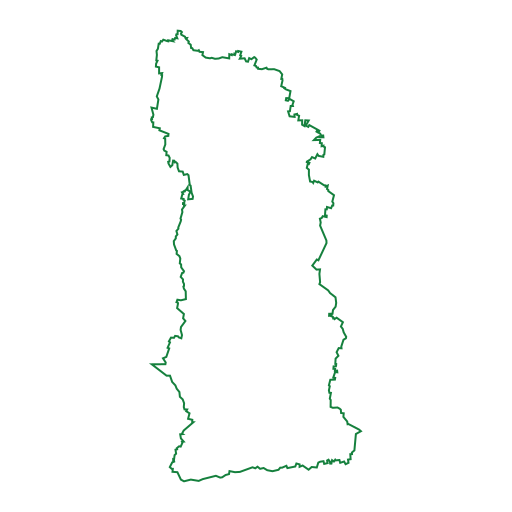 U Thong, Suphan Buri, Thailand (orthographic projection)
{"feature_id": "78962969B35479109951050", "entity_name": "U Thong", "entity_type": "district", "adm_level": 2, "iso_a3": "THA", "parent_name": "Thailand", "parent_adm1": "Suphan Buri", "projection": "orthographic", "projection_center": [99.878, 14.426], "detail": "fine", "context": "isolated", "style": "outline", "palette": "green", "viewbox_px": 512, "rotation_deg": 0, "n_neighbors": 0, "source": "geoboundaries", "source_scale": "gbopen_adm2", "svg_char_len": 6022}
<svg xmlns="http://www.w3.org/2000/svg" viewBox="0 0 512 512"><path d="M180.7,31.0L177.7,30.7L177.6,34.2L176.4,34.3L176.1,35.3L177.3,38.3L175.1,38.0L174.6,39.6L172.5,39.1L172.1,40.3L172.9,41.2L168.2,40.3L168.2,41.3L167.2,41.1L163.3,39.7L162.0,41.5L160.8,41.1L159.7,43.8L158.7,43.7L157.9,48.8L156.5,51.0L156.9,54.9L156.3,60.4L157.5,60.7L156.1,63.7L155.9,66.6L159.1,67.3L159.1,73.4L162.1,73.1L161.4,74.9L162.1,75.1L162.0,76.8L159.5,88.6L156.8,96.4L158.4,99.5L156.9,108.8L151.5,107.6L153.4,114.7L152.9,117.2L151.8,117.4L152.0,119.0L151.3,119.0L151.1,119.9L152.2,122.3L153.3,122.4L153.1,126.9L159.8,128.3L159.4,130.3L168.5,133.9L168.3,135.9L165.2,136.4L164.0,138.2L165.2,138.8L165.3,144.5L163.6,149.1L164.3,150.6L166.6,151.8L166.3,155.2L168.5,155.5L169.7,157.9L169.4,161.5L168.2,161.8L168.5,163.5L170.4,166.9L172.3,165.2L173.1,160.6L174.2,160.7L174.8,162.3L175.6,161.9L177.4,163.6L177.6,167.5L179.0,171.3L182.7,171.6L183.8,174.9L187.3,174.1L188.5,175.2L189.8,185.1L190.6,185.6L191.6,192.7L193.0,196.5L192.6,198.9L188.2,199.3L188.9,194.8L190.5,191.6L187.6,190.1L187.6,187.3L185.9,190.0L184.1,191.0L184.5,191.5L182.0,192.3L183.1,194.0L182.4,194.2L181.2,198.5L183.5,198.9L183.3,199.7L184.7,200.6L184.1,203.0L183.0,203.1L183.0,204.0L184.2,204.0L184.0,205.5L184.9,205.5L182.0,209.5L182.4,212.1L180.5,218.6L181.1,219.7L180.7,221.4L178.3,227.4L178.4,228.7L176.4,231.0L177.4,234.5L175.8,236.4L175.8,238.4L173.8,241.1L174.0,244.4L176.2,250.4L176.9,250.9L176.6,253.9L179.4,256.1L180.3,258.5L179.8,263.4L181.1,264.4L181.2,267.4L184.0,271.2L183.4,272.7L182.1,273.0L180.7,276.9L183.0,279.4L182.9,281.7L184.0,284.0L184.0,286.0L183.4,286.5L183.9,288.6L185.7,291.3L185.9,299.1L180.9,300.3L177.4,299.7L176.5,302.2L177.8,302.6L178.0,303.6L177.1,308.1L183.9,314.0L183.1,318.3L185.4,321.0L181.0,327.0L180.6,329.9L182.0,335.1L181.3,338.3L178.8,337.4L178.0,336.3L175.1,335.9L174.0,337.8L171.0,337.6L168.9,341.4L170.0,342.3L167.6,347.8L169.2,348.4L166.3,356.9L163.0,358.3L165.7,362.5L165.4,364.2L151.8,364.3L166.6,375.7L170.0,375.7L172.2,382.0L175.4,385.4L176.7,388.7L179.4,392.0L179.9,396.8L182.7,399.4L184.1,403.2L183.8,407.1L184.5,409.4L187.1,409.5L186.2,411.2L189.5,413.3L188.1,418.8L192.3,419.8L192.2,422.1L193.4,422.2L183.7,430.5L182.0,433.7L182.6,434.1L180.2,434.3L180.9,438.4L183.7,441.6L182.0,441.8L182.4,442.8L180.7,446.6L179.1,446.3L176.8,448.2L177.1,449.3L175.5,449.7L176.1,453.7L174.6,455.1L174.0,459.7L173.2,459.3L173.2,460.6L174.0,460.7L174.2,461.6L172.2,462.4L169.8,467.1L171.8,468.9L172.8,468.9L172.5,471.8L177.4,472.2L180.9,479.6L184.0,481.3L190.8,479.6L198.7,480.9L202.8,479.1L215.9,475.8L220.2,477.6L222.2,477.3L225.6,475.0L229.0,474.1L229.5,471.1L235.0,472.2L239.9,471.9L252.5,467.3L255.3,468.3L257.5,466.7L260.1,468.8L263.6,468.0L267.2,470.2L272.5,471.2L278.5,469.8L280.2,467.7L282.0,467.7L286.4,465.8L287.4,468.1L295.3,466.5L296.4,463.5L299.6,464.4L299.6,466.8L302.6,465.5L308.6,469.7L311.7,467.0L316.8,467.5L318.3,462.6L320.2,461.7L323.5,461.2L324.2,463.9L327.6,463.1L327.1,460.5L328.5,459.7L329.9,461.7L330.2,463.6L331.4,463.6L332.1,460.2L333.9,461.5L335.2,459.7L335.7,460.4L339.4,460.0L340.2,462.8L344.1,461.5L345.6,464.2L348.5,462.8L348.0,459.6L350.6,459.2L350.3,454.2L352.0,454.1L351.9,452.5L354.4,450.4L355.9,434.0L360.9,431.2L359.1,429.6L348.4,424.0L347.6,424.2L347.2,421.5L343.4,416.9L343.7,413.3L341.1,413.0L340.8,409.7L339.7,408.7L337.5,407.5L332.8,407.8L330.6,406.9L330.7,400.0L329.8,398.7L330.9,392.9L329.4,392.8L328.9,390.3L329.8,386.2L328.9,385.4L330.3,379.8L334.9,379.6L335.2,377.9L333.3,377.5L335.1,372.1L337.3,372.3L337.1,370.6L334.9,370.7L335.1,368.9L333.4,368.8L333.6,366.4L335.9,366.3L336.1,365.5L336.2,364.0L335.3,363.9L335.6,358.6L338.4,355.8L336.6,352.2L338.7,348.1L341.5,348.3L341.3,346.5L343.5,339.7L345.9,338.3L346.2,336.8L343.7,332.4L342.7,328.8L340.9,326.5L342.9,322.2L336.6,317.7L334.5,319.1L334.0,318.2L333.2,318.4L332.9,316.9L331.2,316.2L331.4,315.6L329.1,315.8L329.2,313.8L332.5,313.7L333.0,310.0L335.6,306.7L336.2,302.9L335.5,297.3L330.1,293.1L328.2,290.4L319.4,284.1L320.1,282.2L319.4,273.9L320.0,269.4L316.5,269.6L312.3,265.6L316.8,259.5L318.4,260.3L326.5,243.1L326.4,240.5L320.1,225.6L320.7,222.5L319.9,218.7L321.7,218.0L322.7,216.2L326.6,217.1L326.7,215.6L325.0,215.3L325.4,209.3L326.8,209.3L327.0,207.0L331.1,208.2L332.2,205.5L333.2,205.5L333.4,203.2L332.3,201.6L334.0,195.2L328.3,191.1L328.3,190.0L327.0,189.0L327.7,185.6L325.6,186.6L325.5,185.4L324.1,185.3L318.4,181.6L317.7,182.4L314.1,180.7L313.2,182.9L312.6,182.0L310.1,181.5L308.9,175.1L308.9,169.6L306.8,167.9L307.7,164.1L308.8,164.2L309.4,162.8L306.8,162.1L306.9,161.6L310.5,159.4L312.0,157.1L315.2,158.5L317.4,154.2L318.6,155.9L323.3,156.8L323.4,154.9L324.3,154.4L325.0,147.3L323.3,146.4L323.4,145.7L321.6,146.2L321.8,143.2L319.9,143.0L320.2,139.9L313.9,140.1L316.3,137.6L319.1,136.4L319.3,137.2L323.4,137.3L323.2,135.5L321.2,135.6L320.2,133.6L318.3,132.6L319.4,130.7L318.5,130.3L317.5,132.2L316.5,131.6L317.6,129.7L312.0,126.6L309.3,125.1L308.3,126.9L305.8,125.6L308.7,120.5L305.3,120.3L304.5,126.1L302.1,124.7L302.2,120.3L298.3,120.4L299.1,115.8L297.0,114.8L297.0,113.9L294.4,114.5L294.6,116.9L289.6,116.3L288.1,111.4L289.9,111.2L290.7,106.0L292.9,106.0L292.5,104.7L293.7,101.3L289.6,98.9L288.0,100.8L285.8,100.3L286.2,98.1L289.2,98.2L290.5,91.1L286.0,89.4L284.4,88.3L284.8,87.8L281.2,86.2L282.5,80.6L282.3,78.9L281.3,78.9L282.2,74.4L279.6,71.1L274.2,69.2L268.5,69.3L267.2,68.9L266.5,67.7L261.9,69.2L258.1,68.8L258.0,67.6L256.6,67.5L256.0,66.0L254.4,65.4L256.7,59.6L255.2,57.7L254.2,57.1L251.4,59.2L249.2,58.1L248.0,61.7L246.1,61.4L244.6,58.3L239.8,58.7L241.2,55.9L240.2,55.3L241.4,51.7L238.2,51.0L238.1,51.9L236.1,51.3L235.3,54.1L234.6,53.8L234.7,55.0L231.8,54.3L231.7,55.1L229.3,54.2L229.2,58.4L222.3,57.2L218.7,58.5L215.0,58.8L211.7,57.8L210.0,58.3L205.7,57.6L202.4,55.1L203.0,52.1L199.5,51.8L198.8,50.2L197.8,50.8L193.4,50.2L192.3,48.2L191.1,48.0L190.7,44.7L188.4,43.0L188.8,41.5L186.3,39.2L187.0,38.0L185.5,38.1L185.0,36.7L181.3,34.7L181.0,33.5L181.9,32.1L180.7,31.0Z" fill="none" stroke="#15803d" stroke-width="2"/></svg>